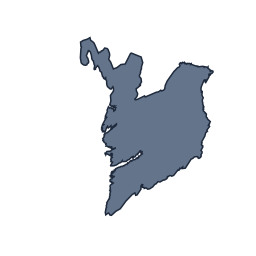 Osterøy nor, Hordaland, Norway (Equal Earth projection), rotated 294°
{"feature_id": "86288312B51144520840876", "entity_name": "Osterøy nor", "entity_type": "district", "adm_level": 2, "iso_a3": "NOR", "parent_name": "Norway", "parent_adm1": "Hordaland", "projection": "equal_earth", "projection_center": [5.572, 60.569], "detail": "fine", "context": "isolated", "style": "filled", "palette": "slate", "viewbox_px": 256, "rotation_deg": 294, "n_neighbors": 0, "source": "geoboundaries", "source_scale": "gbopen_adm2", "svg_char_len": 5954}
<svg xmlns="http://www.w3.org/2000/svg" viewBox="0 0 256 256"><g transform="rotate(294 128 128)"><path d="M195.1,56.5L192.6,54.7L189.8,51.5L187.2,49.7L183.2,51.9L183.0,52.6L181.4,52.7L172.8,55.9L168.5,58.7L167.8,60.4L167.6,62.1L168.0,63.6L168.9,64.7L170.5,64.7L171.3,65.4L172.7,65.1L175.5,62.8L175.9,61.8L177.4,60.5L181.3,60.5L181.7,60.2L182.3,60.3L182.0,60.8L182.7,61.2L182.3,62.5L179.5,65.0L176.5,66.8L175.3,68.3L175.4,68.9L172.0,71.5L171.8,72.1L168.0,73.0L167.7,73.5L168.4,74.4L169.3,74.0L172.6,74.8L171.4,77.0L168.5,79.4L168.2,81.0L164.8,83.7L164.4,84.9L163.7,85.2L163.2,86.5L164.8,87.1L163.3,87.9L162.3,89.3L159.2,90.8L157.5,92.4L156.5,95.4L156.6,96.7L159.5,97.4L158.8,98.3L155.9,99.7L150.6,98.7L145.7,101.4L141.7,101.9L141.4,102.6L141.9,102.6L141.1,104.3L141.9,104.9L141.5,105.7L142.7,106.3L142.4,106.7L142.7,107.3L140.9,106.4L141.5,108.6L140.3,108.4L139.5,109.1L137.7,108.2L139.0,107.4L139.6,106.4L139.1,105.5L139.5,104.1L138.8,103.1L139.5,101.5L135.8,101.6L134.8,102.4L129.6,102.5L129.6,102.9L128.1,103.1L129.8,104.5L128.3,103.9L124.8,103.6L121.2,103.4L121.3,104.6L120.6,104.3L120.7,103.4L117.4,103.8L117.6,104.6L116.4,104.5L116.6,105.0L114.6,105.3L115.1,105.4L114.8,105.9L115.3,105.9L115.3,106.4L114.3,106.4L114.9,108.0L115.4,107.9L115.4,108.4L115.9,108.7L119.6,108.2L119.6,108.7L121.2,108.6L120.2,110.1L123.2,111.5L121.6,112.3L121.5,112.8L127.0,115.8L126.4,116.1L124.5,115.6L121.3,113.5L121.1,113.7L121.5,114.1L121.0,113.9L120.2,113.4L120.8,113.3L120.5,112.7L119.2,112.8L115.2,110.9L113.9,109.1L112.4,108.9L112.4,109.5L110.9,109.3L110.4,109.8L108.0,109.3L107.9,109.7L106.4,110.1L106.7,110.8L105.9,111.1L105.2,112.1L104.8,114.4L103.9,114.3L103.1,115.5L102.6,115.4L102.9,116.0L102.6,117.9L103.4,118.3L103.0,119.0L103.8,120.2L103.0,120.2L103.6,121.0L102.5,121.2L102.8,122.0L102.2,122.2L104.5,124.4L104.2,124.6L101.4,122.1L99.8,121.5L98.0,118.3L96.3,117.9L95.6,117.2L95.1,117.7L95.6,117.7L95.5,118.3L95.0,118.6L95.5,118.6L95.8,119.4L95.6,122.6L97.3,123.2L97.7,122.9L98.1,123.8L97.4,123.8L97.3,124.3L96.6,124.0L96.8,123.8L95.1,124.2L95.6,124.6L95.1,124.6L94.8,125.6L92.9,124.9L91.9,125.2L91.6,125.9L90.3,126.0L90.5,127.8L86.8,127.3L86.4,127.7L87.7,130.4L89.6,132.5L92.3,134.1L93.4,135.4L95.4,136.0L94.8,136.2L96.7,139.8L99.1,141.0L99.4,141.7L102.7,143.1L103.4,143.6L102.9,144.2L103.4,144.2L103.2,144.6L103.7,144.7L103.4,144.9L103.9,144.9L104.4,146.1L106.3,146.3L108.4,147.2L108.1,147.5L111.8,148.2L112.1,148.6L110.4,148.6L111.7,149.3L111.7,150.0L110.9,150.2L111.6,150.6L110.4,150.9L110.2,151.6L106.5,149.7L105.5,149.7L105.8,149.4L105.1,149.5L104.6,148.5L103.9,148.7L103.9,148.2L102.0,147.3L100.4,145.0L99.7,145.0L99.5,144.3L99.0,144.4L99.0,143.7L95.9,142.5L96.0,141.9L94.5,141.9L94.6,141.6L93.2,140.4L91.7,139.7L91.7,139.1L90.5,138.5L90.2,137.3L88.9,136.6L88.8,135.9L85.9,133.4L84.7,133.1L84.7,133.5L83.7,133.5L83.8,132.6L82.0,132.9L82.5,132.7L82.3,131.7L81.8,131.7L81.6,131.0L80.4,131.0L80.8,132.4L79.4,131.4L78.2,131.6L77.0,131.1L77.0,132.3L78.3,132.5L78.3,132.9L76.6,132.5L76.8,132.8L76.4,132.8L76.2,133.6L78.1,134.8L78.5,135.5L76.4,134.1L75.0,134.0L74.6,133.3L73.2,132.7L71.9,133.4L72.3,134.5L71.6,134.7L71.4,135.5L71.9,135.9L71.2,136.2L71.7,136.2L71.7,136.9L68.8,135.2L67.6,135.2L65.8,136.4L65.0,136.4L64.8,136.9L63.3,136.8L63.2,137.8L60.1,138.3L59.3,139.1L58.2,138.9L56.3,139.7L55.5,139.2L56.2,140.0L54.9,139.4L50.9,139.0L50.4,139.6L48.0,139.8L46.8,140.7L45.9,140.5L41.6,141.6L39.6,143.0L42.0,144.3L42.4,145.0L41.1,147.0L41.5,148.4L47.0,150.8L51.1,153.8L60.3,155.8L68.9,158.9L71.5,160.7L69.6,162.4L70.5,163.5L77.4,164.7L80.1,163.5L82.0,163.6L82.1,164.6L81.2,164.6L79.7,165.4L80.2,166.9L79.4,167.4L80.7,169.0L80.1,170.8L81.2,172.5L84.2,174.5L87.4,175.4L88.5,176.4L91.2,177.2L91.7,179.2L94.7,181.4L95.5,182.7L97.6,184.1L99.1,183.9L98.9,184.2L99.8,184.3L101.4,185.4L101.8,186.1L101.8,187.6L103.3,189.0L109.9,190.7L109.6,191.0L110.6,192.0L112.1,191.7L112.0,192.3L114.5,193.8L113.0,194.1L114.6,196.7L125.1,198.3L126.8,199.7L128.7,200.4L130.2,203.3L129.1,204.2L129.1,205.2L130.6,206.2L132.2,206.3L133.3,205.5L135.3,205.8L136.5,205.3L137.1,203.8L141.0,204.1L142.2,203.5L142.3,203.0L141.9,203.0L142.7,201.8L143.7,201.7L143.9,202.1L143.9,201.7L144.6,201.7L144.9,200.9L151.8,201.5L155.3,200.9L157.4,201.9L157.9,201.0L158.7,201.0L162.6,201.9L163.4,200.7L163.9,200.7L163.6,200.4L167.3,200.6L168.4,197.3L169.5,196.1L169.8,195.0L172.7,193.9L172.8,192.6L173.3,192.6L174.3,189.8L175.9,189.5L176.0,189.1L177.0,188.9L176.5,188.7L179.3,187.6L180.2,186.5L181.3,186.2L182.6,185.0L184.4,184.4L186.1,184.5L188.0,182.2L191.5,181.0L191.5,180.6L190.7,180.7L191.0,180.6L190.8,180.3L192.1,179.9L192.6,179.0L195.4,178.2L202.0,178.0L202.9,178.2L203.5,179.4L201.4,179.7L201.1,180.5L207.7,181.2L209.5,180.3L209.3,181.2L209.7,181.5L210.1,181.6L210.7,180.9L211.8,182.3L213.3,182.9L214.4,182.6L214.5,181.1L213.2,180.2L214.7,179.1L214.9,177.0L216.4,176.2L215.7,176.0L215.7,175.4L216.2,175.3L215.5,175.1L215.2,173.0L214.4,172.8L214.9,172.0L214.7,171.0L212.9,168.1L212.9,166.8L212.4,166.8L212.6,165.5L212.2,164.5L211.9,160.2L212.5,159.7L211.9,159.4L212.4,159.3L211.9,158.7L211.9,157.6L211.4,157.1L211.4,156.3L210.2,155.7L210.7,154.5L209.9,154.0L210.7,153.0L210.2,153.0L210.3,151.5L209.3,151.1L209.8,150.9L208.8,150.1L208.9,149.3L207.2,148.9L206.3,150.0L204.8,150.1L203.3,148.8L198.0,146.9L186.9,144.7L182.1,144.7L178.7,145.6L177.1,145.2L175.5,143.6L175.9,142.6L173.3,141.1L172.3,139.4L163.3,131.1L164.1,130.1L158.4,125.3L157.0,123.8L156.8,122.8L157.2,122.5L160.1,123.3L162.3,123.2L163.5,122.7L165.1,120.8L167.0,119.5L171.9,122.0L172.4,121.9L172.3,121.1L175.6,121.6L178.6,119.7L179.5,117.7L180.4,117.1L183.5,117.0L185.7,116.2L187.2,116.3L189.5,115.4L193.7,114.9L198.2,111.1L197.8,100.6L197.1,100.0L185.3,99.4L183.1,95.7L178.6,93.3L176.0,90.6L181.2,85.3L183.0,82.4L187.0,81.7L188.8,80.6L191.6,77.8L192.1,76.7L191.6,74.2L188.7,73.5L187.4,72.2L186.4,72.2L185.6,71.0L184.3,70.6L191.7,62.6L192.5,60.7L192.9,58.2L195.1,56.5Z" fill="#64748b" stroke="#1e293b" stroke-width="1.5"/></g></svg>